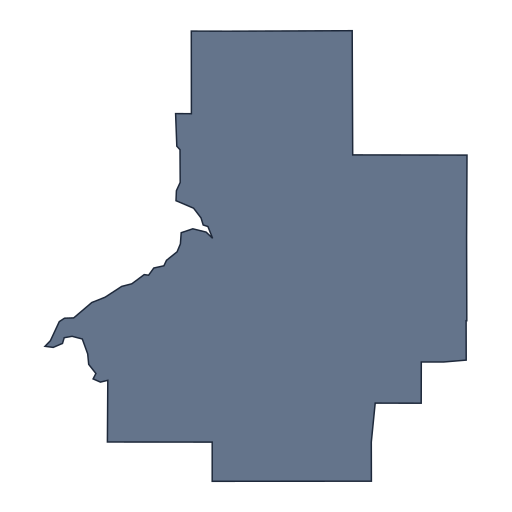 Butte, Idaho, United States of America
{"feature_id": "52423323B97666997911945", "entity_name": "Butte", "entity_type": "district", "adm_level": 2, "iso_a3": "USA", "parent_name": "United States of America", "parent_adm1": "Idaho", "projection": "robinson", "projection_center": [-113.393, 43.759], "detail": "fine", "context": "isolated", "style": "filled", "palette": "slate", "viewbox_px": 512, "rotation_deg": 0, "n_neighbors": 0, "source": "geoboundaries", "source_scale": "gbopen_adm2", "svg_char_len": 857}
<svg xmlns="http://www.w3.org/2000/svg" viewBox="0 0 512 512"><path d="M45.0,346.3L53.2,347.4L62.5,343.4L64.2,337.7L72.1,336.3L82.3,339.0L87.7,353.9L88.7,364.4L95.9,373.5L93.1,378.9L100.4,382.1L107.8,380.3L107.4,442.0L212.2,442.1L212.2,481.3L348.3,481.2L371.4,481.2L371.3,442.1L375.2,403.1L421.2,403.2L421.3,362.0L443.5,362.0L466.2,360.1L466.1,320.7L466.8,320.7L466.6,237.7L467.0,155.1L352.7,154.9L352.2,30.7L227.9,31.2L191.3,31.1L191.4,113.7L175.6,113.6L176.8,146.2L180.0,149.7L180.2,182.4L176.4,190.7L176.0,200.7L193.6,208.2L201.0,217.9L203.2,225.0L207.9,226.5L212.6,238.3L206.1,232.1L192.8,228.8L181.2,232.7L180.4,243.9L177.1,251.8L166.5,260.3L163.9,265.8L153.8,268.0L148.6,275.2L144.2,274.6L131.8,283.8L121.7,286.4L105.1,297.2L91.8,302.5L73.7,317.9L64.5,318.2L59.3,321.6L50.4,340.7L45.0,346.3Z" fill="#64748b" stroke="#1e293b" stroke-width="1.5"/></svg>